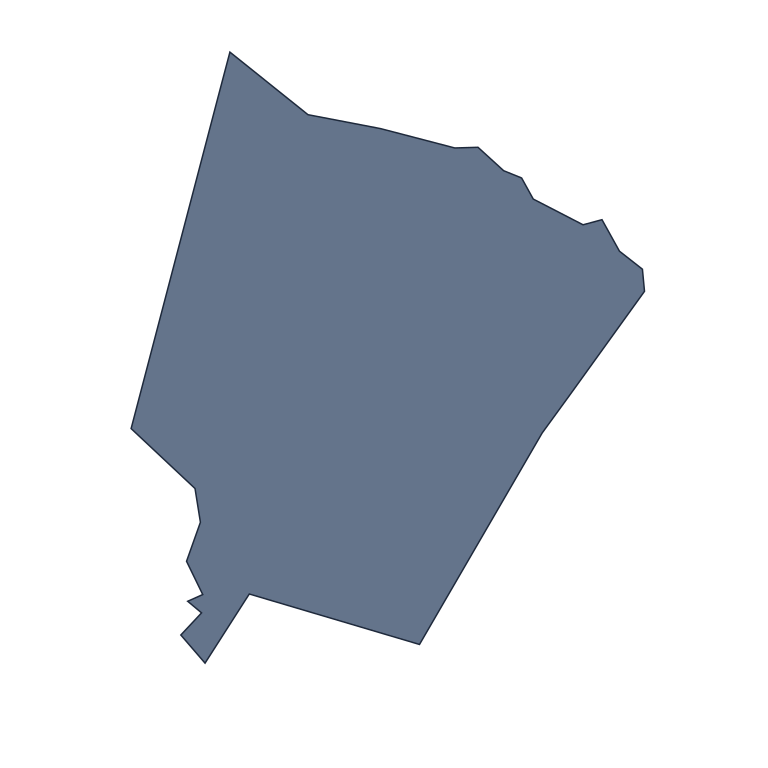 Shelby, Kentucky, United States of America (Albers equal-area conic projection), rotated 279°
{"feature_id": "52423323B12558460234328", "entity_name": "Shelby", "entity_type": "district", "adm_level": 2, "iso_a3": "USA", "parent_name": "United States of America", "parent_adm1": "Kentucky", "projection": "albers", "projection_center": [-85.196, 38.198], "detail": "fine", "context": "isolated", "style": "filled", "palette": "slate", "viewbox_px": 768, "rotation_deg": 279, "n_neighbors": 0, "source": "geoboundaries", "source_scale": "gbopen_adm2", "svg_char_len": 518}
<svg xmlns="http://www.w3.org/2000/svg" viewBox="0 0 768 768"><g transform="rotate(279 384 384)"><path d="M516.3,626.8L537.8,621.3L552.0,595.8L580.4,573.6L572.4,555.7L590.0,502.5L609.0,487.7L613.4,468.8L632.5,439.8L628.2,417.0L635.7,340.7L638.1,266.8L687.7,179.9L639.3,175.0L300.4,141.2L251.2,213.7L218.7,224.3L178.0,216.7L147.7,237.9L138.7,224.1L129.4,239.6L104.3,222.6L80.3,250.9L147.8,280.4L155.5,283.8L132.3,459.8L360.4,547.9L403.7,570.0L516.3,626.8Z" fill="#64748b" stroke="#1e293b" stroke-width="1.5"/></g></svg>